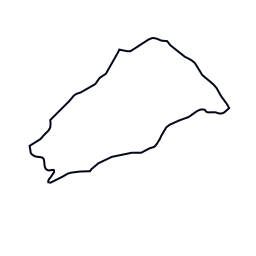 map outline of Chimaltenango (Natural Earth projection), rotated 40°
{"feature_id": "GTM-1949", "entity_name": "Chimaltenango", "entity_type": "Department", "adm_level": 1, "iso_a3": "GTM", "parent_name": "Guatemala", "parent_adm1": "", "projection": "natural_earth1", "projection_center": [-90.916, 14.662], "detail": "fine", "context": "isolated", "style": "outline", "palette": "ink", "viewbox_px": 256, "rotation_deg": 40, "n_neighbors": 0, "source": "natural_earth", "source_scale": "10m", "svg_char_len": 1402}
<svg xmlns="http://www.w3.org/2000/svg" viewBox="0 0 256 256"><g transform="rotate(40 128 128)"><path d="M162.2,89.6L157.8,98.8L156.9,103.0L158.5,112.6L159.4,115.7L160.3,121.6L160.4,123.7L160.3,125.2L159.5,126.8L157.8,129.2L154.0,138.5L146.9,144.4L134.1,160.6L128.0,174.0L126.4,183.2L126.6,185.1L126.7,185.5L119.1,192.3L113.2,198.7L111.3,201.5L110.9,202.4L109.2,207.2L103.8,219.7L101.8,220.8L101.0,219.9L100.6,219.0L100.4,217.9L100.4,215.2L99.8,209.8L99.1,208.5L98.3,207.9L97.6,208.2L96.5,209.2L95.1,211.0L94.3,211.6L93.2,212.0L91.2,212.2L89.6,211.4L87.9,210.1L85.1,207.3L83.7,206.2L82.4,205.7L81.5,205.8L80.7,206.1L80.0,206.4L76.3,208.8L75.3,209.3L74.0,209.7L71.4,210.0L70.1,209.8L68.8,209.1L68.1,208.3L64.1,205.0L68.1,192.6L68.1,188.3L68.7,180.8L68.1,177.6L67.1,176.1L65.3,173.8L63.3,171.8L65.7,145.3L65.7,137.9L66.6,134.9L68.9,131.2L74.7,115.4L74.1,108.2L74.3,107.1L76.2,100.6L71.6,75.7L70.9,73.6L78.5,69.4L80.6,67.4L86.9,46.9L88.7,43.6L89.3,43.1L89.8,42.6L92.6,41.1L97.4,39.6L102.2,36.3L107.3,37.4L125.7,36.9L129.1,36.1L133.0,35.3L137.4,35.2L150.9,39.7L165.5,39.7L170.3,40.5L178.6,43.7L188.8,46.2L192.7,47.8L191.9,52.9L191.8,53.8L191.5,54.7L191.1,55.5L190.6,56.4L189.6,57.4L188.3,58.4L185.2,59.6L183.8,60.6L179.5,64.4L178.1,65.1L177.0,65.2L176.3,64.9L175.4,64.8L174.7,64.9L174.0,65.3L172.8,66.2L171.6,67.4L170.0,70.7L167.4,80.6L162.2,89.6Z" fill="none" stroke="#020617" stroke-width="2"/></g></svg>